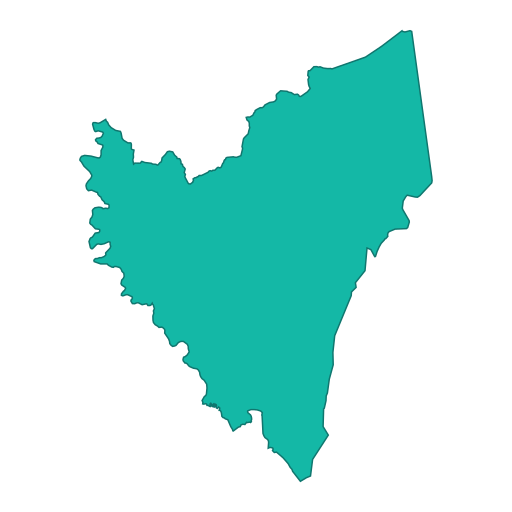 the district of Gontougo, Zanzan, Ivory Coast
{"feature_id": "98640826B5040161076408", "entity_name": "Gontougo", "entity_type": "district", "adm_level": 2, "iso_a3": "CIV", "parent_name": "Ivory Coast", "parent_adm1": "Zanzan", "projection": "natural_earth1", "projection_center": [-3.58, 7.921], "detail": "fine", "context": "isolated", "style": "filled", "palette": "teal", "viewbox_px": 512, "rotation_deg": 0, "n_neighbors": 0, "source": "geoboundaries", "source_scale": "gbopen_adm2", "svg_char_len": 6022}
<svg xmlns="http://www.w3.org/2000/svg" viewBox="0 0 512 512"><path d="M105.7,119.4L100.0,122.8L98.2,123.3L95.3,122.6L93.5,122.6L93.0,122.9L92.6,124.2L93.9,129.2L94.7,131.0L95.2,131.4L95.7,131.6L98.2,130.8L102.7,132.1L103.4,133.2L102.1,136.2L100.9,137.4L99.2,138.0L96.7,138.3L95.5,139.8L95.8,140.9L97.2,142.0L98.0,143.5L102.6,145.0L102.9,145.6L102.8,147.2L101.1,150.5L101.1,154.8L100.3,157.2L99.3,157.9L98.0,157.9L91.0,156.1L84.6,155.4L81.5,156.4L80.3,158.2L79.9,159.7L80.0,160.4L81.4,161.9L84.0,166.2L89.7,171.6L91.8,175.2L91.7,176.4L90.7,178.5L88.4,180.9L86.4,183.9L86.0,185.8L86.7,188.8L88.4,190.7L91.6,190.1L96.6,192.3L97.5,192.4L98.0,194.4L99.7,196.3L100.7,196.8L102.1,199.8L104.2,201.7L104.9,203.5L108.4,204.3L109.1,205.1L109.0,207.7L107.7,208.6L105.8,208.2L103.0,208.7L102.5,208.1L101.0,207.4L98.6,207.2L94.9,207.8L93.2,209.2L92.4,210.5L92.8,214.4L92.1,216.8L90.3,219.2L89.8,223.0L90.7,224.3L91.9,225.0L95.4,228.8L98.6,229.2L99.5,229.5L99.8,230.0L99.7,231.3L98.9,232.5L95.2,233.1L92.4,237.1L90.9,237.8L90.1,238.6L89.0,241.5L90.4,247.7L91.4,248.7L92.5,248.7L96.8,244.3L98.3,243.9L101.0,244.4L104.3,243.7L108.5,241.8L109.9,242.1L110.2,242.7L110.1,244.2L110.7,246.4L110.0,248.3L105.8,252.7L105.6,253.1L105.9,254.5L105.6,255.3L104.0,256.6L101.3,257.7L99.4,257.7L97.5,258.5L95.4,258.6L94.3,259.6L93.9,260.4L94.2,261.6L100.6,263.9L107.0,263.9L108.5,265.3L111.9,267.1L113.5,267.3L114.3,266.5L116.1,266.5L119.7,267.5L121.2,269.3L122.0,271.4L123.8,273.2L124.2,276.3L123.3,278.4L121.7,280.1L121.0,283.7L121.7,285.0L125.2,287.4L125.6,288.3L124.4,290.7L123.6,291.0L121.5,293.8L121.4,295.3L122.5,295.8L123.4,295.7L126.1,294.7L127.7,294.7L132.0,296.7L132.4,298.0L131.8,299.4L131.0,300.1L131.0,301.3L132.4,303.6L134.7,303.7L136.8,302.8L138.4,302.8L142.1,304.7L146.3,303.8L146.8,303.9L147.9,305.5L149.9,305.5L150.9,305.1L152.2,303.2L152.5,304.2L153.2,304.7L154.4,308.7L153.4,310.9L153.8,313.2L152.9,316.0L153.0,320.3L153.5,322.6L155.2,324.7L157.6,326.1L159.0,327.4L161.7,327.1L162.8,327.6L164.5,329.2L164.9,330.5L164.7,333.1L168.6,338.9L169.5,341.3L169.8,343.6L170.9,345.1L172.6,346.4L174.6,346.0L176.0,345.4L178.3,342.6L180.0,341.7L181.3,341.4L183.4,341.4L187.3,344.3L188.2,346.3L188.3,348.8L189.2,351.9L187.1,355.1L185.0,356.7L183.6,357.2L183.0,359.4L183.2,360.8L185.0,363.1L185.7,363.0L187.1,363.7L188.8,365.9L189.9,366.7L193.4,368.2L196.8,368.8L198.2,369.8L199.6,372.2L200.0,374.9L200.7,376.7L202.0,378.6L204.2,380.3L206.7,384.2L207.0,388.1L206.4,394.2L205.7,395.6L204.4,396.5L202.1,400.5L202.9,402.4L202.7,403.9L203.7,404.1L205.9,403.7L206.7,404.2L207.0,405.4L208.0,405.4L210.2,406.6L210.6,406.3L210.1,405.5L210.0,404.1L210.6,403.2L211.1,403.4L211.5,405.2L212.3,406.5L212.7,406.6L212.7,404.6L213.5,404.0L213.7,406.8L214.3,407.1L215.4,406.5L215.5,406.0L214.6,404.3L214.9,404.0L216.2,404.6L216.5,405.6L216.1,406.8L216.4,407.9L217.3,408.4L218.6,407.0L219.8,408.1L219.2,410.3L220.0,410.3L220.9,411.4L221.4,413.0L221.9,416.4L223.2,417.7L224.4,417.9L225.2,418.8L227.8,419.7L230.8,426.7L232.5,429.4L232.8,430.8L233.3,431.0L238.4,427.1L240.3,426.6L240.9,425.0L242.8,424.2L244.9,424.5L246.6,422.3L247.1,422.6L249.9,422.1L250.5,422.5L251.4,421.7L251.1,420.8L251.6,419.7L251.6,418.1L251.2,416.3L250.5,414.9L247.8,412.6L247.6,411.2L247.8,410.8L250.9,409.6L254.2,409.6L257.2,409.9L260.7,411.0L262.3,412.6L261.8,415.1L262.1,415.7L263.0,433.5L263.9,435.8L265.0,437.6L267.6,439.5L268.4,440.8L268.6,442.6L268.2,448.2L270.0,447.4L272.6,447.9L273.2,449.1L272.5,450.6L274.3,452.5L276.5,452.1L283.1,457.8L288.2,463.7L290.2,467.4L292.0,469.4L292.6,471.3L300.4,481.3L306.4,477.7L310.5,476.0L312.6,459.4L328.3,435.1L323.1,426.6L323.6,408.9L324.3,408.2L326.0,400.7L326.2,395.9L327.4,393.0L329.3,379.1L333.2,364.8L332.9,352.3L334.7,335.7L351.2,295.7L351.5,291.9L356.1,287.4L355.4,282.7L365.0,270.7L367.0,248.0L370.9,249.6L374.3,255.9L374.9,256.7L375.5,256.4L377.1,251.4L379.2,246.8L381.2,243.3L384.2,240.1L384.9,238.9L385.7,238.7L387.8,236.4L387.6,234.9L387.9,233.1L389.1,231.6L395.1,229.1L406.5,228.6L407.7,227.5L409.3,222.1L409.1,220.6L402.9,209.8L402.3,208.2L403.2,201.0L405.9,196.5L407.2,195.2L415.2,197.0L417.5,197.2L419.9,195.6L431.7,182.9L432.1,180.7L431.7,176.7L411.7,31.4L410.0,30.7L404.9,32.0L402.2,31.3L402.0,30.8L381.6,46.3L365.5,57.1L332.0,68.9L330.6,68.5L327.8,68.6L323.5,68.1L320.1,66.8L318.4,67.1L316.8,66.6L313.9,66.7L310.1,70.6L308.5,70.8L308.2,71.3L307.8,75.5L309.1,77.1L308.0,79.5L308.6,84.6L309.1,86.3L310.2,88.5L307.5,91.8L301.1,96.3L300.0,96.5L299.2,96.1L298.5,94.9L297.4,94.2L294.3,94.6L291.2,92.6L288.6,92.2L287.1,91.3L280.6,90.8L276.9,94.0L276.2,95.2L276.6,99.1L275.2,101.0L273.5,101.9L269.6,102.5L265.0,104.9L263.5,106.9L262.2,107.7L260.2,107.7L257.1,109.3L255.2,110.5L254.9,111.9L254.1,112.7L252.8,115.3L249.8,117.1L247.8,117.0L246.2,117.4L247.0,120.0L248.8,121.5L249.3,123.3L249.3,126.0L249.8,127.6L248.8,130.8L248.2,133.8L244.2,137.8L243.5,138.9L242.0,146.7L242.6,148.1L242.4,149.6L240.9,155.7L236.7,157.3L234.8,157.2L233.4,156.8L227.0,157.4L225.9,158.1L225.4,159.6L224.8,159.7L224.2,160.4L223.5,162.7L222.7,163.5L221.5,166.5L220.7,167.6L219.7,167.8L218.1,167.3L217.2,167.8L214.8,170.3L212.8,170.3L211.7,171.1L210.3,170.7L209.2,171.0L208.0,172.3L201.5,175.5L199.1,175.5L198.0,176.7L197.2,176.8L196.5,177.5L194.7,177.8L193.1,178.9L193.5,180.6L192.9,181.4L192.9,182.1L190.4,184.0L188.8,183.8L188.1,183.1L185.1,177.4L184.8,176.4L185.4,174.4L184.2,172.7L185.2,169.0L184.3,167.6L182.9,166.4L182.4,164.3L181.1,163.8L180.9,161.4L180.2,159.5L179.5,158.7L177.1,158.5L176.8,157.1L174.7,155.3L172.7,151.9L169.4,151.2L167.4,151.7L165.4,154.5L162.1,157.9L161.6,160.8L160.9,162.2L160.1,162.5L157.9,165.0L157.4,165.1L155.9,164.3L152.6,164.1L151.4,163.3L144.8,162.5L141.9,161.4L141.5,161.5L140.6,162.9L140.0,163.2L134.8,163.1L133.6,164.1L132.8,159.8L133.5,157.2L133.3,154.1L134.0,150.1L131.6,149.3L131.3,148.7L131.4,144.7L131.1,143.3L130.7,142.9L127.9,142.9L123.5,140.2L122.1,138.3L121.1,133.1L120.4,131.4L115.6,130.4L111.1,127.6L108.7,124.9L107.6,122.3L106.3,121.1L105.7,119.4Z" fill="#14b8a6" stroke="#0f766e" stroke-width="1.5"/></svg>